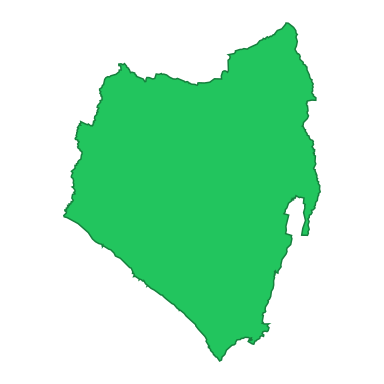 outline of Tabanan, Bali, Indonesia
{"feature_id": "22746128B4646422714630", "entity_name": "Tabanan", "entity_type": "district", "adm_level": 2, "iso_a3": "IDN", "parent_name": "Indonesia", "parent_adm1": "Bali", "projection": "orthographic", "projection_center": [115.097, -8.439], "detail": "fine", "context": "isolated", "style": "filled", "palette": "green", "viewbox_px": 384, "rotation_deg": 0, "n_neighbors": 0, "source": "geoboundaries", "source_scale": "gbopen_adm2", "svg_char_len": 5886}
<svg xmlns="http://www.w3.org/2000/svg" viewBox="0 0 384 384"><path d="M293.6,27.4L288.3,23.2L286.0,23.0L285.7,24.1L281.8,28.9L277.3,30.5L274.7,33.9L274.7,34.5L273.2,34.8L271.3,36.5L270.4,36.2L268.4,37.7L267.4,36.8L266.1,37.6L265.5,39.0L263.3,38.4L262.7,39.6L259.7,40.8L257.1,44.1L249.0,47.8L247.4,49.1L243.9,48.6L242.0,49.4L240.1,49.4L235.4,50.9L235.4,52.4L234.1,53.6L228.4,54.7L229.7,55.6L230.2,57.2L229.5,59.1L228.1,60.2L228.4,70.4L227.6,72.3L225.7,71.0L224.1,70.9L222.7,71.7L221.3,75.9L221.6,79.0L214.4,78.8L209.8,82.2L204.4,83.0L198.7,82.8L197.8,83.1L197.9,84.4L197.1,85.3L194.9,84.4L191.5,84.2L189.7,83.1L189.1,83.4L188.5,82.3L187.2,81.6L185.1,82.1L184.4,81.3L177.4,78.4L175.7,79.1L173.1,78.9L169.4,77.1L166.7,75.0L163.8,74.1L162.2,74.4L161.4,73.5L159.1,74.4L156.2,74.0L154.8,78.4L152.8,79.0L149.3,77.6L146.9,77.5L146.1,79.1L145.8,81.5L144.9,81.7L143.2,79.0L136.4,76.4L136.4,75.4L135.1,74.3L134.7,73.0L131.9,72.2L130.5,72.7L129.3,69.7L128.7,69.3L128.6,68.3L126.6,67.1L126.6,66.2L124.5,63.6L123.0,64.7L121.0,63.8L118.8,64.1L118.9,65.6L120.7,65.9L121.1,70.0L119.2,70.1L119.2,71.7L116.0,74.3L110.8,75.8L109.5,76.9L107.7,76.7L105.9,77.7L104.7,79.4L103.6,84.6L102.4,85.4L101.8,87.6L99.6,89.0L99.7,90.7L100.8,91.8L99.9,93.2L101.2,94.7L100.9,95.9L101.9,96.3L102.1,99.8L100.0,100.8L100.7,102.0L97.6,105.6L97.1,107.3L98.8,108.1L97.3,110.5L97.9,111.9L96.8,112.3L96.8,114.4L94.8,116.4L94.5,118.4L95.3,120.1L93.5,121.3L93.9,122.6L93.3,122.8L93.1,124.9L92.2,125.2L92.2,125.8L90.7,125.8L88.3,124.0L87.6,124.7L86.0,124.2L80.7,121.6L80.9,123.1L79.6,123.8L80.5,125.2L79.2,125.1L77.5,127.7L78.4,128.3L77.1,130.1L77.5,131.6L76.8,132.3L76.7,134.2L76.1,135.4L76.7,136.6L75.2,138.3L75.5,139.4L77.7,140.0L77.9,141.1L79.0,141.9L77.6,144.0L78.4,146.0L77.6,146.9L78.3,148.3L79.9,149.3L80.1,150.5L81.9,151.7L82.1,153.9L81.4,155.0L80.9,159.1L78.7,160.6L77.8,162.0L77.9,163.2L76.5,163.7L76.6,165.2L75.0,165.4L75.0,168.4L71.4,171.3L72.8,172.8L71.3,176.3L71.5,177.4L72.9,178.3L73.6,180.7L73.2,183.0L73.8,183.8L73.7,186.5L72.2,187.0L73.6,188.1L75.0,190.3L75.0,191.7L73.8,192.3L74.9,193.8L72.6,194.4L72.4,195.1L71.9,198.1L73.2,200.3L72.4,201.8L71.3,201.6L70.7,203.9L69.0,204.0L69.3,205.4L67.7,205.4L68.3,206.8L67.5,207.1L67.6,207.8L66.3,208.2L66.5,209.9L64.9,209.9L64.9,210.8L66.5,211.9L66.2,213.2L63.8,215.5L64.2,216.8L67.1,217.6L78.1,223.6L88.3,232.6L92.5,239.0L95.5,241.7L98.9,243.6L101.8,244.3L102.3,245.4L101.9,246.5L102.8,245.5L102.7,246.5L103.1,246.0L104.0,246.2L108.8,249.2L110.7,249.7L114.1,253.1L115.4,256.0L120.4,258.3L129.6,267.5L131.3,268.2L132.8,271.8L132.5,273.4L133.7,273.4L134.3,275.0L133.6,276.6L135.2,276.3L139.3,279.0L139.2,279.8L140.0,279.2L141.6,279.8L142.4,280.9L143.5,281.1L143.8,280.6L145.6,283.8L147.4,285.2L147.1,286.1L147.9,285.6L151.1,288.4L154.4,290.1L160.7,294.8L162.8,295.3L163.1,296.2L165.8,298.6L172.0,303.6L174.0,304.5L177.1,308.2L179.1,309.6L179.2,310.5L180.4,310.3L184.3,313.5L186.1,316.0L195.7,324.7L195.8,325.9L198.5,329.4L205.0,336.5L206.7,339.5L206.1,341.3L208.7,345.5L208.5,346.3L209.1,346.3L208.6,347.4L209.4,347.4L209.2,348.1L210.6,349.4L210.6,350.6L213.0,352.9L213.6,354.8L214.2,354.8L215.5,356.7L217.1,357.3L219.6,361.0L221.5,360.0L222.0,357.1L224.8,354.5L226.4,350.2L232.0,345.2L234.1,344.8L235.5,343.7L235.7,341.9L237.1,339.8L240.4,339.5L241.3,338.4L243.3,338.3L245.1,337.3L248.6,337.5L249.5,338.4L251.4,337.9L251.2,338.7L252.0,339.8L250.6,340.5L250.0,340.2L250.1,339.4L249.2,339.6L248.2,341.5L252.2,343.9L253.8,344.2L255.0,341.1L256.3,340.8L257.0,339.8L259.7,338.5L260.1,336.6L261.6,335.7L263.5,336.4L263.8,335.0L262.1,333.7L263.0,331.7L265.0,331.1L267.0,331.6L268.1,330.7L269.0,327.7L267.3,326.1L267.9,324.4L268.7,323.9L264.6,324.0L262.2,323.2L263.1,322.4L262.4,321.8L262.4,320.6L263.3,315.5L262.4,315.0L263.3,312.7L264.9,312.4L265.7,311.3L265.1,309.9L265.4,307.0L268.0,302.9L268.4,301.5L267.8,300.6L269.5,299.1L270.7,296.5L271.4,291.2L273.0,288.6L273.7,285.0L273.6,280.6L274.5,277.6L274.0,276.3L274.7,275.5L274.4,274.2L275.2,273.9L274.5,271.8L275.3,270.8L276.2,272.4L277.9,273.1L278.1,270.8L281.1,266.8L280.8,265.0L282.0,259.5L286.0,254.1L287.0,251.5L286.6,249.7L287.1,248.0L290.7,244.6L291.9,238.7L291.2,236.8L291.6,235.5L285.6,233.6L286.3,230.1L285.9,226.3L288.7,215.1L283.9,213.7L285.2,211.8L285.3,209.7L286.9,207.9L288.5,203.2L291.8,200.7L291.6,199.6L293.1,199.8L292.5,198.5L294.0,198.7L294.3,197.6L295.3,198.0L296.0,195.7L299.4,197.6L300.4,197.2L304.0,198.0L303.4,203.3L305.2,204.4L304.7,205.6L304.9,208.0L303.6,212.5L305.5,220.6L302.8,228.3L301.7,235.2L307.5,235.3L308.4,233.2L307.9,231.8L309.2,229.3L308.0,224.9L309.1,221.6L308.0,218.9L309.2,217.5L309.3,215.2L311.0,214.4L312.1,212.6L311.4,210.3L313.2,209.8L315.0,207.9L314.3,206.6L315.3,205.4L315.6,202.4L317.3,200.5L317.8,196.6L318.8,194.9L318.4,193.8L320.2,191.9L319.5,189.1L319.8,185.7L318.3,183.7L318.6,181.8L317.6,181.2L317.0,179.7L317.6,178.6L316.7,177.7L316.9,175.3L316.2,174.7L316.5,174.4L315.0,170.7L315.2,169.8L314.0,169.3L313.6,168.4L315.8,163.9L315.0,161.7L315.4,156.0L314.1,155.0L314.3,153.5L313.5,153.5L313.3,152.9L314.5,151.5L314.6,149.7L313.4,149.6L313.5,148.6L312.0,146.8L313.5,144.5L312.9,142.0L313.3,141.5L312.6,140.4L310.8,139.8L309.6,138.6L308.9,135.9L307.2,135.2L307.0,133.5L305.2,131.1L305.5,129.8L304.6,129.4L303.2,126.6L302.3,126.1L303.1,125.4L303.5,122.5L307.3,118.6L308.5,115.8L307.2,113.3L307.2,111.6L308.0,111.0L307.5,105.9L306.9,105.7L306.4,103.4L307.1,102.9L306.9,101.6L307.5,101.0L311.8,100.1L315.8,100.3L315.9,97.8L313.3,95.8L313.5,94.9L312.0,93.3L311.8,92.1L312.7,91.0L312.4,88.3L313.1,87.1L312.4,85.5L313.2,84.0L311.6,81.4L312.0,79.8L311.1,79.5L309.8,77.6L309.3,74.8L307.0,70.0L306.9,67.0L306.1,66.7L305.5,65.2L303.1,64.0L303.2,62.3L300.0,59.4L299.7,57.4L300.2,56.8L299.6,54.9L298.5,53.8L297.5,53.8L295.3,50.0L295.0,49.1L296.4,46.0L297.3,41.4L296.0,37.2L296.5,35.3L297.3,34.6L296.0,32.9L295.8,30.6L293.6,27.4Z" fill="#22c55e" stroke="#15803d" stroke-width="1.5"/></svg>